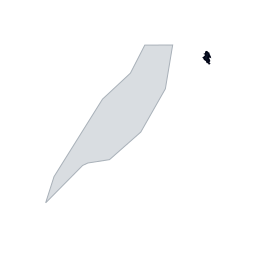 Ngerkebesang, Palau (highlighted), rotated 205°
{"feature_id": "81905179B69060738119315", "entity_name": "Ngerkebesang", "entity_type": "district", "adm_level": 2, "iso_a3": "PLW", "parent_name": "Palau", "parent_adm1": "", "projection": "equal_earth", "projection_center": [134.445, 7.355], "detail": "fine", "context": "in_parent", "style": "filled", "palette": "ink", "viewbox_px": 256, "rotation_deg": 205, "n_neighbors": 0, "source": "geoboundaries", "source_scale": "gbopen_adm2", "svg_char_len": 2178}
<svg xmlns="http://www.w3.org/2000/svg" viewBox="0 0 256 256"><g transform="rotate(205 128 128)"><path d="M147.8,210.2L122.6,222.1L110.7,179.3L114.7,129.7L131.4,91.5L149.6,79.3L153.3,74.9L171.0,25.4L174.5,52.7L163.3,143.4L149.0,178.7L147.8,210.2Z" fill="#d9dde1" stroke="#a8b0b8" stroke-width="1"/><path d="M89.1,223.7L88.8,223.6L88.7,223.5L88.7,223.4L88.5,223.2L88.4,223.1L88.2,223.2L88.1,222.9L87.9,222.7L87.7,222.6L87.4,222.5L87.2,222.7L86.8,222.6L86.7,222.4L86.4,222.4L86.2,222.3L85.9,222.4L85.6,222.4L85.3,222.2L85.2,222.1L85.1,221.9L84.9,221.8L84.8,221.7L84.8,221.8L84.7,221.7L84.4,221.4L84.2,221.2L83.9,221.1L83.7,221.1L83.4,221.2L83.2,221.2L82.9,221.0L82.7,221.1L82.3,221.0L82.4,221.3L82.5,221.3L82.6,221.7L82.6,221.8L82.5,222.0L82.5,222.3L82.6,222.5L82.8,222.7L82.7,222.9L82.6,223.1L82.8,223.2L82.8,223.4L82.8,223.5L83.1,223.5L83.1,223.4L83.3,223.3L83.3,223.5L83.3,223.8L83.4,224.0L83.4,224.3L83.5,224.5L83.8,224.5L83.9,224.4L84.1,224.4L84.3,224.4L84.6,224.4L84.9,224.3L85.0,224.3L85.1,224.5L85.0,224.8L84.9,225.0L84.9,225.3L84.9,225.9L84.9,226.1L84.7,226.1L84.7,226.3L84.8,226.3L84.8,226.5L84.6,226.7L84.6,226.8L84.5,227.0L84.4,227.1L84.2,227.0L84.2,226.9L84.0,227.0L83.9,227.1L83.7,227.1L83.8,227.2L83.8,227.3L84.0,227.3L84.3,227.3L84.5,227.3L84.5,227.2L84.8,226.8L85.0,226.8L85.3,226.8L85.4,226.6L85.4,226.4L85.5,226.3L85.5,226.6L85.6,226.4L85.8,226.3L85.7,226.4L85.7,226.5L85.7,226.8L85.6,227.4L85.6,227.7L85.6,227.8L85.7,228.0L85.4,228.3L85.4,228.5L85.5,228.6L85.8,228.7L85.9,228.8L85.9,229.0L86.1,229.2L86.2,229.3L86.2,229.5L86.3,229.7L86.4,229.9L86.5,229.9L86.8,229.9L87.1,229.7L87.2,229.8L87.4,229.9L87.6,230.0L87.9,230.1L88.1,230.6L88.1,230.4L88.3,230.3L88.5,230.3L88.7,230.5L88.8,230.5L89.0,230.4L89.3,230.2L89.5,230.0L89.5,229.9L89.4,229.8L89.4,229.7L89.4,229.3L89.4,229.2L89.2,229.0L89.1,228.8L89.1,228.7L89.1,228.4L89.1,228.2L89.5,227.7L89.4,227.7L89.3,227.8L88.6,227.5L88.0,227.2L88.6,225.3L88.6,225.2L88.9,224.6L89.2,223.9L89.3,223.7L89.2,223.7L89.1,223.7ZM81.6,220.5L81.5,220.8L81.8,220.8L81.8,220.7L81.7,220.5L81.6,220.5ZM85.0,228.4L85.1,228.5L85.3,228.5L85.3,228.4L85.2,228.4L85.0,228.4Z" fill="#0f172a" stroke="#020617" stroke-width="1.5"/></g></svg>